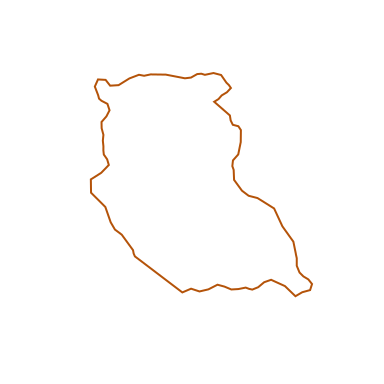 outline of Imereti, rotated 59°
{"feature_id": "GEO-3030", "entity_name": "Imereti", "entity_type": "Region", "adm_level": 1, "iso_a3": "GEO", "parent_name": "Georgia", "parent_adm1": "", "projection": "equal_earth", "projection_center": [42.964, 42.165], "detail": "fine", "context": "isolated", "style": "outline", "palette": "amber", "viewbox_px": 384, "rotation_deg": 59, "n_neighbors": 0, "source": "natural_earth", "source_scale": "10m", "svg_char_len": 1305}
<svg xmlns="http://www.w3.org/2000/svg" viewBox="0 0 384 384"><g transform="rotate(59 192 192)"><path d="M332.7,136.5L336.9,141.3L334.7,149.1L334.6,157.0L320.5,160.8L311.8,166.8L308.0,169.4L307.4,172.3L306.5,176.6L307.7,184.3L306.7,190.6L305.7,191.6L305.5,191.8L304.5,192.9L301.6,195.2L299.1,202.2L295.8,208.5L289.8,212.9L284.6,217.9L283.9,228.1L281.1,236.8L274.4,242.6L273.1,252.0L217.8,274.1L214.7,273.7L211.5,272.5L192.4,274.2L184.5,277.4L176.1,277.3L160.2,274.0L140.6,278.9L129.1,272.2L128.8,259.9L126.0,249.4L120.3,247.9L114.5,248.3L110.8,246.6L107.2,244.4L102.1,242.0L97.4,238.5L90.8,236.6L85.4,233.5L83.1,226.4L79.5,220.6L72.9,219.1L67.2,222.6L64.1,223.6L60.7,222.6L51.6,221.0L47.1,214.6L51.4,208.3L58.7,207.4L62.6,199.9L62.4,187.2L64.2,177.1L67.7,173.2L69.9,166.9L77.9,154.0L90.9,139.5L93.4,133.9L93.6,126.8L95.4,123.1L98.2,120.6L101.1,112.3L106.7,106.8L116.0,106.2L119.4,105.3L122.9,105.1L124.5,110.7L124.5,116.8L126.0,121.4L126.1,126.5L145.9,120.1L150.6,122.0L155.4,122.4L159.5,118.4L164.1,118.2L174.3,124.5L183.6,133.0L186.0,140.6L190.6,144.1L194.5,144.9L203.3,149.7L216.6,148.5L224.4,145.4L230.9,139.0L248.4,130.1L268.0,132.2L286.8,130.7L298.4,134.8L298.8,135.0L302.7,136.3L309.2,140.2L316.4,141.3L321.7,140.0L326.8,137.3L332.7,136.5Z" fill="none" stroke="#b45309" stroke-width="2"/></g></svg>